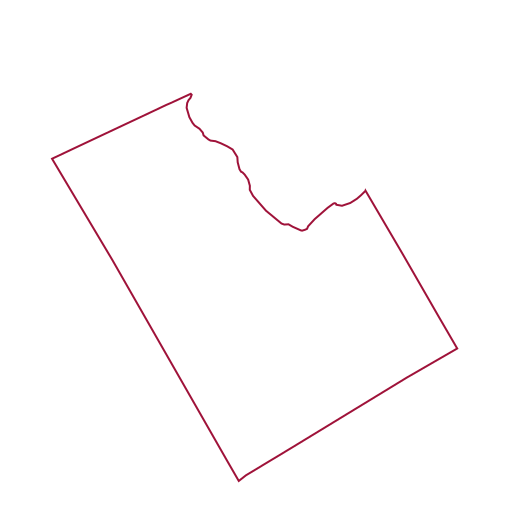 the district of Baker, Florida, United States of America, rotated 330°
{"feature_id": "52423323B7766336727769", "entity_name": "Baker", "entity_type": "district", "adm_level": 2, "iso_a3": "USA", "parent_name": "United States of America", "parent_adm1": "Florida", "projection": "equal_earth", "projection_center": [-82.214, 30.36], "detail": "fine", "context": "isolated", "style": "outline", "palette": "rose", "viewbox_px": 512, "rotation_deg": 330, "n_neighbors": 0, "source": "geoboundaries", "source_scale": "gbopen_adm2", "svg_char_len": 956}
<svg xmlns="http://www.w3.org/2000/svg" viewBox="0 0 512 512"><g transform="rotate(330 256 256)"><path d="M128.0,69.8L129.6,187.4L128.6,418.8L128.6,442.2L137.7,440.9L190.4,439.9L325.8,436.7L384.0,436.7L383.9,400.2L384.0,328.2L383.5,254.2L383.4,254.3L377.2,255.9L371.9,256.9L364.1,257.2L355.6,255.5L351.2,251.8L351.4,250.7L350.7,249.7L349.3,249.3L342.1,250.1L325.3,253.4L316.0,256.3L313.8,258.0L311.6,257.8L308.6,257.1L307.7,256.3L302.4,249.0L300.0,244.8L296.2,242.9L294.3,240.6L287.3,221.8L283.5,202.5L283.7,195.6L285.8,192.1L287.4,185.9L286.9,179.8L286.1,176.8L285.2,175.6L285.1,172.6L287.0,165.7L289.3,161.0L289.0,152.1L285.9,146.6L281.9,140.8L278.3,136.3L274.3,133.3L273.1,131.3L270.9,125.4L271.6,122.5L270.7,117.6L268.1,112.3L267.6,108.9L267.7,102.5L270.0,93.0L272.9,89.1L275.5,87.3L278.3,86.3L280.9,84.2L280.6,82.9L258.8,80.9L253.7,80.3L235.4,78.8L180.9,74.2L153.5,71.9L128.1,69.8L128.0,69.8Z" fill="none" stroke="#9f1239" stroke-width="2"/></g></svg>